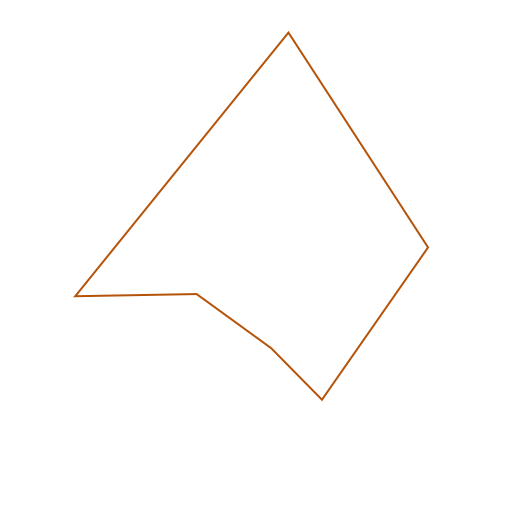 map outline of Saint John Figtree (Equal Earth projection), rotated 231°
{"feature_id": "KNA-5105", "entity_name": "Saint John Figtree", "entity_type": "Parish", "adm_level": 1, "iso_a3": "KNA", "parent_name": "Saint Kitts and Nevis", "parent_adm1": "", "projection": "equal_earth", "projection_center": [-62.592, 17.123], "detail": "fine", "context": "isolated", "style": "outline", "palette": "amber", "viewbox_px": 512, "rotation_deg": 231, "n_neighbors": 0, "source": "natural_earth", "source_scale": "10m", "svg_char_len": 249}
<svg xmlns="http://www.w3.org/2000/svg" viewBox="0 0 512 512"><g transform="rotate(231 256 256)"><path d="M409.2,421.8L154.4,395.1L102.8,216.8L174.7,209.8L263.8,185.9L338.5,90.2L409.2,421.8Z" fill="none" stroke="#b45309" stroke-width="2"/></g></svg>